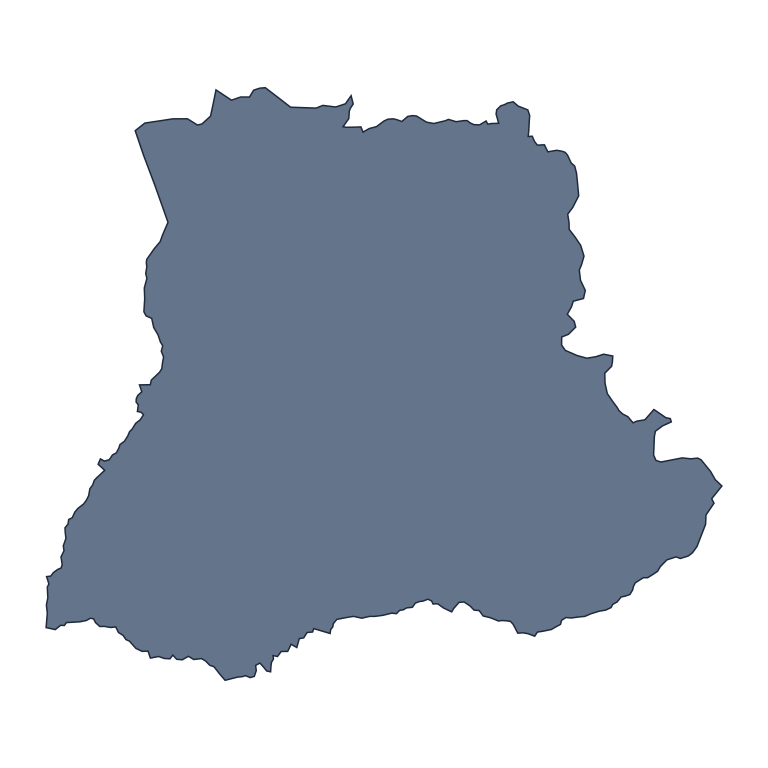 outline of Sertânia, Pernambuco, Brazil
{"feature_id": "56859067B10888923782063", "entity_name": "Sertânia", "entity_type": "district", "adm_level": 2, "iso_a3": "BRA", "parent_name": "Brazil", "parent_adm1": "Pernambuco", "projection": "mercator", "projection_center": [-37.338, -8.2], "detail": "fine", "context": "isolated", "style": "filled", "palette": "slate", "viewbox_px": 768, "rotation_deg": 0, "n_neighbors": 0, "source": "geoboundaries", "source_scale": "gbopen_adm2", "svg_char_len": 4472}
<svg xmlns="http://www.w3.org/2000/svg" viewBox="0 0 768 768"><path d="M351.1,95.7L345.4,103.8L335.7,107.0L322.9,105.4L316.1,108.1L290.6,107.2L278.6,97.9L273.9,94.3L265.3,87.7L259.6,88.2L253.6,90.2L249.5,97.0L240.7,97.0L231.5,100.2L216.0,89.9L213.0,104.7L210.5,116.2L201.9,124.0L197.4,125.0L187.5,118.8L173.1,118.8L144.8,123.1L135.2,130.7L143.5,155.1L154.7,184.8L168.0,222.3L162.7,234.6L160.2,241.6L154.3,248.6L146.8,259.3L146.3,262.7L146.8,266.9L145.7,273.5L146.9,278.3L144.3,288.0L144.7,298.7L143.9,311.8L146.1,315.9L151.7,318.4L153.7,327.5L158.1,335.0L160.4,342.0L162.7,345.7L161.3,351.3L163.6,357.0L162.5,362.8L161.8,368.6L159.5,372.3L151.3,380.1L150.3,384.7L139.5,384.9L141.8,391.8L137.8,395.4L136.3,398.6L136.1,402.0L138.3,404.9L137.4,411.5L141.0,412.2L143.5,414.7L140.2,419.8L135.7,423.3L132.0,429.3L129.6,431.6L127.8,435.9L124.4,441.3L120.0,444.5L118.9,447.9L116.4,452.8L112.5,454.9L109.3,459.7L104.4,461.1L100.4,458.9L98.1,464.3L104.7,470.3L97.0,477.5L94.3,480.3L92.7,484.9L89.9,488.7L88.6,495.8L86.3,500.3L83.6,504.0L78.1,508.2L74.8,512.1L72.3,517.7L68.7,519.5L68.0,524.1L65.0,527.8L65.2,532.2L65.9,538.5L63.3,545.8L64.0,550.7L61.0,556.9L62.2,564.6L61.1,568.0L57.7,569.4L53.5,572.5L50.7,576.1L46.6,576.6L48.9,584.0L47.3,587.0L47.8,597.9L46.4,605.1L47.3,613.3L46.4,624.0L46.1,627.6L55.3,629.6L60.6,625.3L64.3,625.5L66.4,622.6L79.9,621.8L86.3,620.5L90.3,618.3L93.6,618.8L95.5,622.6L99.8,626.5L104.4,626.4L110.8,627.5L115.7,626.9L118.5,632.5L123.1,635.4L126.0,639.6L129.4,641.1L135.9,648.4L142.1,651.4L148.0,651.1L150.4,658.1L158.6,656.5L164.4,658.5L170.0,658.8L172.8,655.1L176.7,659.3L182.3,659.8L188.4,656.3L193.7,659.5L201.5,658.6L205.6,661.0L209.8,665.3L213.9,666.7L216.9,670.4L219.0,673.2L225.1,680.3L237.6,677.1L242.1,676.7L245.6,675.7L250.2,677.6L254.3,676.4L256.3,670.5L255.6,665.4L259.9,663.1L262.8,666.2L266.7,671.0L270.6,671.8L271.0,665.8L271.5,662.3L273.5,659.0L273.0,655.6L277.5,656.5L281.2,651.5L287.7,651.4L291.1,644.3L296.8,647.5L299.3,638.6L303.7,637.9L307.1,632.5L312.6,632.0L313.8,628.6L330.1,633.5L330.7,629.5L332.8,626.9L333.3,623.7L336.8,619.4L348.7,617.1L353.8,616.4L361.8,618.2L369.5,616.4L374.8,616.4L383.1,615.3L391.9,613.1L396.4,613.7L399.6,610.4L403.3,609.8L406.6,607.9L412.4,607.3L415.3,603.1L419.6,601.5L423.0,601.1L428.0,599.2L431.6,601.0L433.0,604.0L437.7,603.8L443.7,608.1L446.9,609.6L451.7,611.9L453.7,608.5L459.0,602.4L464.1,602.0L470.1,606.0L474.0,610.1L479.2,610.6L483.2,616.0L489.6,617.5L494.4,619.3L498.3,621.0L502.3,620.5L507.2,620.9L510.5,621.4L513.2,624.4L517.8,633.2L522.8,632.8L528.0,633.7L534.7,636.2L537.4,632.1L543.6,631.1L551.3,629.5L556.5,626.5L560.5,624.4L561.6,620.3L566.0,617.5L571.1,618.0L579.5,616.9L584.8,616.4L590.8,613.8L599.2,611.2L605.7,610.1L611.2,607.5L612.6,604.5L617.2,601.9L621.1,597.0L625.0,596.2L629.9,594.5L632.6,590.0L633.5,586.3L635.3,582.8L643.3,577.7L647.7,577.7L653.1,574.3L657.6,571.3L660.1,566.9L666.8,559.9L676.1,556.9L680.3,558.5L688.3,556.0L692.7,552.5L697.0,546.5L705.6,524.3L706.0,515.0L714.0,503.2L711.7,498.7L721.9,486.0L715.2,479.6L710.6,471.5L701.1,459.8L697.7,458.1L690.9,458.8L682.2,457.9L661.0,462.0L656.0,460.5L653.6,455.0L654.4,436.4L655.4,431.2L662.7,425.8L671.3,421.9L670.3,418.6L665.9,417.7L653.9,409.5L644.9,419.8L636.6,421.2L633.0,422.8L630.5,419.8L627.9,416.7L622.7,414.0L619.0,410.6L617.0,407.2L612.6,401.3L607.3,393.6L605.0,383.0L604.8,373.2L611.6,366.3L612.4,361.9L612.8,356.0L603.6,354.2L595.9,356.7L586.9,358.2L577.3,355.6L565.3,350.4L561.6,345.0L561.7,337.0L568.5,334.3L575.7,327.1L574.2,321.3L567.3,314.3L571.5,306.8L573.3,301.2L583.5,298.5L585.3,290.4L580.5,280.3L579.3,270.1L581.6,264.5L584.0,256.1L582.0,249.6L580.7,245.4L575.1,237.1L569.2,229.4L569.0,222.2L567.7,214.2L572.8,207.4L578.7,195.8L577.5,182.8L576.5,173.1L574.7,166.1L571.2,163.0L567.5,155.1L565.1,152.3L561.9,151.2L556.8,150.3L547.8,151.8L544.4,144.8L537.3,145.1L534.5,141.4L532.2,136.2L528.2,136.5L528.8,130.3L529.3,120.6L529.7,115.6L527.8,109.9L518.2,106.1L513.2,101.8L507.3,103.1L504.4,104.7L500.8,105.8L496.7,109.8L496.1,114.1L498.7,123.3L491.4,123.5L487.8,124.2L486.1,121.0L479.5,124.9L473.8,124.6L470.0,122.8L467.1,120.6L463.8,120.6L456.1,121.7L448.5,119.4L445.1,120.8L433.8,123.5L426.4,122.1L416.5,116.0L412.2,115.6L407.6,116.5L401.9,121.5L396.6,119.6L393.2,118.8L387.9,119.2L384.0,121.0L376.5,126.6L369.1,128.6L363.1,132.1L360.9,126.9L356.5,127.1L346.2,127.3L343.1,126.7L348.8,118.6L349.3,111.1L350.5,108.1L353.2,104.0L351.1,95.7Z" fill="#64748b" stroke="#1e293b" stroke-width="1.5"/></svg>